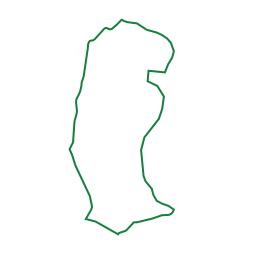 the border of Tashi Yangtse, rotated 7°
{"feature_id": "BTN-2484", "entity_name": "Tashi Yangtse", "entity_type": "District", "adm_level": 1, "iso_a3": "BTN", "parent_name": "Bhutan", "parent_adm1": "", "projection": "equal_earth", "projection_center": [91.488, 27.679], "detail": "fine", "context": "isolated", "style": "outline", "palette": "green", "viewbox_px": 256, "rotation_deg": 7, "n_neighbors": 0, "source": "natural_earth", "source_scale": "10m", "svg_char_len": 1033}
<svg xmlns="http://www.w3.org/2000/svg" viewBox="0 0 256 256"><g transform="rotate(7 128 128)"><path d="M108.5,21.3L111.1,22.4L114.8,23.0L124.2,23.1L134.5,28.2L145.1,29.8L150.7,31.7L156.2,34.6L160.3,38.4L164.2,46.3L163.2,53.0L160.1,59.8L157.9,68.3L141.4,68.7L141.8,79.2L152.0,82.7L159.8,92.4L159.6,104.8L157.5,115.2L145.4,135.3L143.7,148.4L149.3,173.7L151.8,178.6L159.1,185.6L161.4,191.4L165.4,196.8L171.3,199.0L177.7,200.4L183.4,203.4L183.3,204.0L182.7,206.0L181.2,208.1L179.2,209.2L172.2,210.5L163.3,214.9L148.1,220.6L145.3,220.9L139.3,229.1L138.2,230.3L131.9,233.3L131.1,234.7L107.2,224.8L97.2,223.5L101.3,213.9L101.9,210.9L101.6,209.5L98.4,200.2L80.4,171.6L75.8,161.6L72.6,156.2L75.2,148.9L74.1,128.0L75.3,119.6L75.2,117.0L73.4,109.2L73.2,106.7L73.7,104.3L74.8,101.7L76.0,97.7L76.6,92.1L76.5,88.2L77.7,82.3L78.4,53.8L78.2,49.8L78.6,47.9L79.4,46.3L80.5,45.8L81.7,45.6L82.8,45.1L84.1,44.0L92.4,32.3L93.9,31.3L95.0,31.4L97.6,32.3L98.8,32.1L100.2,31.3L104.0,27.2L108.5,21.3Z" fill="none" stroke="#15803d" stroke-width="2"/></g></svg>